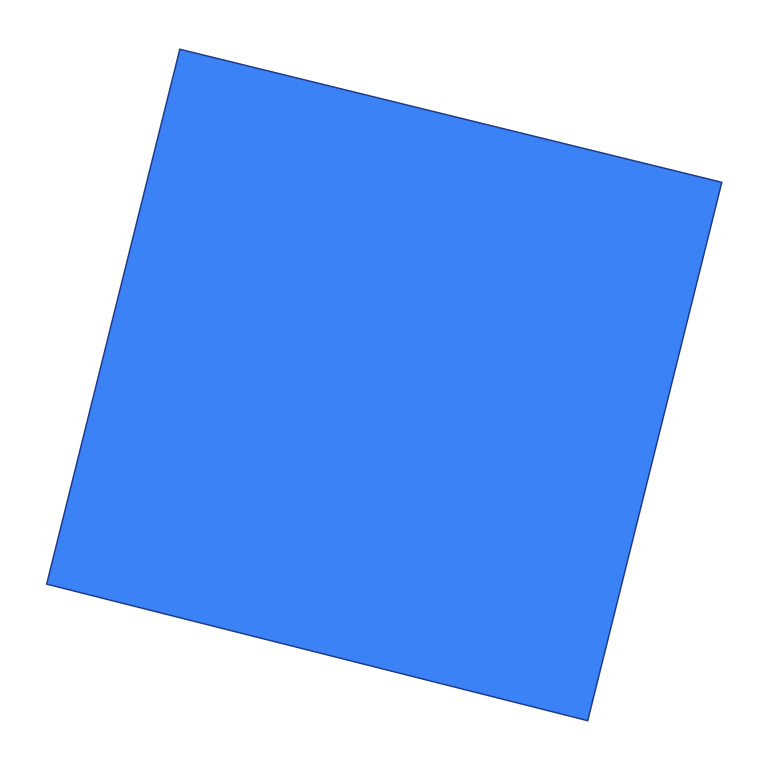 Clay, Nebraska, United States of America, rotated 284°
{"feature_id": "52423323B24655364564694", "entity_name": "Clay", "entity_type": "district", "adm_level": 2, "iso_a3": "USA", "parent_name": "United States of America", "parent_adm1": "Nebraska", "projection": "albers", "projection_center": [-98.019, 40.524], "detail": "fine", "context": "isolated", "style": "filled", "palette": "blue", "viewbox_px": 768, "rotation_deg": 284, "n_neighbors": 0, "source": "geoboundaries", "source_scale": "gbopen_adm2", "svg_char_len": 255}
<svg xmlns="http://www.w3.org/2000/svg" viewBox="0 0 768 768"><g transform="rotate(284 384 384)"><path d="M658.2,104.9L108.2,105.1L106.6,663.1L112.1,663.1L661.4,663.0L659.4,104.9L658.2,104.9Z" fill="#3b82f6" stroke="#1e3a8a" stroke-width="1.5"/></g></svg>